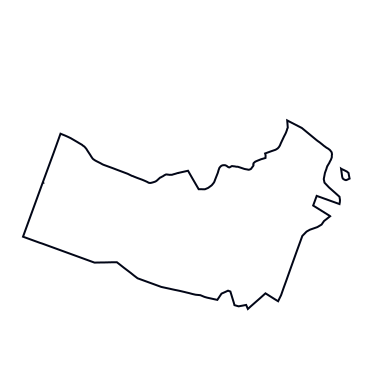 outline of Kitaf wa Al Boqa', Sa`dah, Yemen, rotated 200°
{"feature_id": "15242507B97020865976232", "entity_name": "Kitaf wa Al Boqa'", "entity_type": "district", "adm_level": 2, "iso_a3": "YEM", "parent_name": "Yemen", "parent_adm1": "Sa`dah", "projection": "robinson", "projection_center": [44.286, 17.087], "detail": "fine", "context": "isolated", "style": "outline", "palette": "ink", "viewbox_px": 384, "rotation_deg": 200, "n_neighbors": 0, "source": "geoboundaries", "source_scale": "gbopen_adm2", "svg_char_len": 4286}
<svg xmlns="http://www.w3.org/2000/svg" viewBox="0 0 384 384"><g transform="rotate(200 192 192)"><path d="M335.5,92.2L330.5,92.2L328.5,92.2L327.7,92.2L318.6,92.2L317.6,92.2L315.3,92.3L310.9,92.3L304.7,92.3L298.2,92.3L291.8,92.3L285.3,92.3L278.9,92.3L275.9,92.3L272.4,92.3L266.0,92.3L259.5,92.3L254.3,94.3L249.8,96.0L243.9,98.3L238.6,100.3L234.5,99.0L230.3,97.6L226.1,96.3L221.9,95.0L217.8,93.6L213.6,92.3L207.3,92.3L201.8,92.3L196.3,92.3L196.2,92.3L195.7,92.3L194.7,92.3L188.4,92.3L183.9,92.9L178.9,93.6L178.7,93.6L174.3,94.2L172.4,94.5L169.6,94.9L164.6,95.5L162.6,95.7L160.2,96.0L156.7,96.3L153.5,96.7L148.9,97.9L144.4,97.7L141.6,97.9L137.2,98.5L134.8,98.8L131.3,99.3L130.4,103.0L129.5,106.6L126.7,109.3L124.4,111.6L121.9,111.6L119.1,107.9L114.8,102.2L113.4,100.2L109.1,100.5L106.0,102.3L102.5,104.4L99.5,101.2L97.7,104.6L94.8,109.9L92.2,114.6L88.3,121.9L80.9,120.3L77.7,119.6L77.2,119.5L73.7,118.8L73.4,122.0L73.0,125.5L73.1,133.3L73.1,134.8L73.1,135.9L73.1,138.0L73.1,140.7L73.2,153.2L73.3,172.5L73.3,179.1L73.3,188.5L70.8,194.0L68.3,196.9L62.2,201.9L59.1,205.7L58.4,208.4L58.0,209.9L53.9,216.5L54.1,216.6L73.5,220.7L73.5,225.1L73.5,231.0L72.6,231.0L52.5,231.1L49.3,231.1L49.6,233.0L50.2,235.1L51.8,238.0L64.9,243.2L70.7,246.1L72.6,249.2L73.6,255.4L73.6,260.0L73.7,260.8L73.7,262.7L73.6,262.8L73.5,263.5L73.3,264.6L73.1,265.5L73.0,266.2L72.9,266.5L72.9,267.2L72.8,268.1L72.6,269.2L72.5,269.8L72.5,271.1L72.5,271.7L72.5,272.4L72.8,273.3L73.2,274.4L73.3,275.3L73.8,276.1L74.1,276.7L74.5,277.2L75.0,277.5L75.9,278.1L76.4,278.4L77.0,278.7L78.3,279.1L79.3,279.4L80.1,279.5L80.7,279.6L81.7,279.9L81.8,279.9L82.3,280.1L83.1,280.3L83.8,280.5L84.4,280.7L85.2,281.0L86.3,281.4L87.0,281.6L87.8,281.9L88.7,282.2L89.0,282.3L90.9,282.8L91.9,283.1L93.1,283.5L110.6,289.7L127.0,291.8L125.9,289.4L124.0,285.2L124.1,284.1L124.1,283.5L124.0,282.9L124.0,282.0L124.0,280.9L124.0,280.0L124.2,277.9L124.5,275.8L125.2,268.2L125.3,265.8L125.7,263.9L126.4,262.2L127.9,260.3L131.5,257.4L136.5,253.2L135.8,252.3L135.4,251.6L134.8,249.9L134.6,249.1L138.3,246.4L141.2,243.8L142.9,242.2L143.9,240.4L143.9,240.2L144.0,239.9L143.9,239.4L143.9,239.0L143.8,238.8L143.7,238.6L143.4,238.4L143.4,238.0L143.4,237.7L143.4,237.4L144.1,235.2L144.4,234.0L145.5,232.8L146.6,232.2L147.6,232.1L149.9,231.7L150.6,231.6L154.6,231.5L157.3,231.4L157.5,231.4L157.9,231.3L158.5,231.1L159.1,230.9L159.8,230.8L160.4,230.7L161.0,230.6L161.6,230.4L162.3,230.3L163.0,230.1L163.4,230.0L164.1,229.2L164.6,228.6L165.1,228.0L165.7,227.8L166.3,227.8L167.3,228.0L168.4,228.4L169.8,228.5L170.4,228.4L171.1,228.1L171.7,227.9L172.3,227.6L172.8,227.2L173.3,226.7L173.7,226.1L174.0,225.5L174.2,224.9L174.5,224.1L174.5,223.4L174.5,222.7L174.5,221.9L174.5,221.2L174.4,220.5L174.4,219.9L174.3,219.1L174.5,211.4L174.5,210.2L174.5,209.4L174.6,208.6L174.9,207.5L175.8,205.0L178.2,201.4L179.9,199.8L180.8,199.0L186.7,196.9L186.9,197.1L192.9,202.1L195.9,204.6L203.0,210.6L211.3,205.3L211.3,205.2L212.1,204.8L213.5,203.7L215.6,202.2L216.6,201.4L217.0,201.2L217.6,201.0L218.3,200.7L219.1,200.4L219.8,200.3L220.4,200.1L221.1,200.0L221.9,199.8L222.4,199.6L222.7,199.3L223.3,198.7L223.7,198.3L224.3,197.4L224.6,197.0L225.1,196.5L225.7,195.8L226.2,195.2L226.5,195.0L226.8,194.7L227.2,194.0L227.6,193.3L227.9,192.7L228.1,192.3L229.0,190.6L229.4,190.0L229.5,189.9L230.0,189.3L230.7,188.7L231.6,188.0L232.7,187.2L233.9,186.4L234.8,186.1L235.4,185.9L235.8,185.9L236.3,185.9L237.1,186.1L238.2,186.2L239.3,186.3L241.0,186.4L243.2,186.5L244.8,186.5L245.2,186.5L245.5,186.5L247.2,186.5L248.0,186.5L251.7,186.6L253.0,186.7L253.9,186.6L258.7,187.1L267.3,187.2L268.6,187.2L274.8,187.3L277.0,187.3L279.2,187.3L281.4,187.3L284.5,187.3L285.7,187.4L288.1,187.8L290.7,188.1L292.4,188.3L294.2,188.6L295.3,188.9L296.1,189.1L296.9,189.5L297.5,189.9L299.0,191.0L300.5,192.2L302.4,193.6L304.8,195.4L305.9,196.3L307.6,197.3L308.6,197.8L309.1,198.0L310.1,198.2L311.0,198.5L311.3,198.7L313.0,199.0L314.7,199.3L317.2,199.8L317.8,199.9L324.4,201.1L327.5,201.4L330.2,201.6L335.5,201.8L335.4,181.6L335.5,150.7L335.0,149.9L335.5,149.8L335.5,107.7L335.5,92.2ZM50.8,256.2L48.5,258.5L50.1,261.1L51.4,263.4L53.5,264.2L54.6,264.3L56.1,264.5L59.5,264.8L59.9,264.9L56.1,257.7L55.1,256.4L54.1,255.9L53.3,255.8L52.5,255.7L51.4,255.8L50.8,256.2Z" fill="none" stroke="#020617" stroke-width="2"/></g></svg>